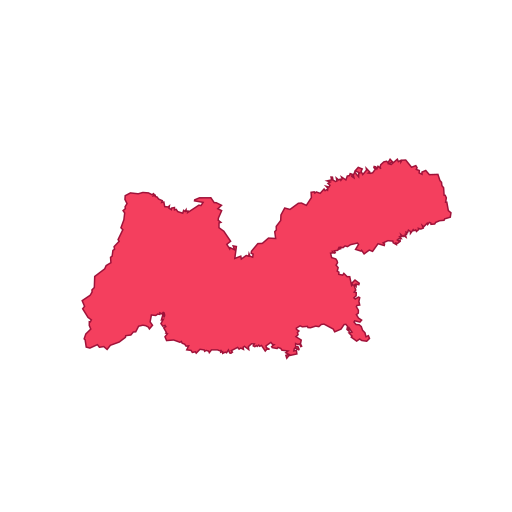 outline of Alfred Nzo, Eastern Cape, South Africa, rotated 308°
{"feature_id": "47623444B30321887561170", "entity_name": "Alfred Nzo", "entity_type": "district", "adm_level": 2, "iso_a3": "ZAF", "parent_name": "South Africa", "parent_adm1": "Eastern Cape", "projection": "natural_earth1", "projection_center": [29.551, -30.65], "detail": "fine", "context": "isolated", "style": "filled", "palette": "rose", "viewbox_px": 512, "rotation_deg": 308, "n_neighbors": 0, "source": "geoboundaries", "source_scale": "gbopen_adm2", "svg_char_len": 6159}
<svg xmlns="http://www.w3.org/2000/svg" viewBox="0 0 512 512"><g transform="rotate(308 256 256)"><path d="M323.6,256.9L313.6,254.1L311.5,249.1L303.7,250.4L299.2,253.6L291.8,253.7L289.0,256.0L286.7,255.8L281.9,260.7L277.8,254.8L269.8,253.2L266.9,249.8L256.9,249.5L255.2,250.5L255.7,252.6L253.0,254.1L252.1,251.4L253.4,249.2L251.3,250.4L250.4,248.0L244.6,246.3L246.5,244.1L241.0,240.8L251.4,234.7L249.9,231.8L247.7,235.4L246.6,230.4L245.4,230.9L247.2,225.8L252.0,226.9L255.7,215.4L255.5,209.4L259.3,206.5L260.9,207.6L260.9,204.2L262.8,203.0L270.6,201.0L269.7,196.8L274.7,197.6L273.5,191.8L272.3,190.2L274.1,184.6L267.0,175.6L262.5,173.1L261.6,173.6L265.7,181.3L261.9,181.6L260.9,179.7L248.1,175.4L249.5,174.6L248.2,173.5L249.4,172.4L247.4,172.6L247.4,170.9L244.6,171.9L242.8,167.0L243.6,164.4L242.2,163.4L244.0,161.9L241.7,159.9L240.4,160.7L240.1,158.0L242.1,156.9L240.6,156.6L238.7,153.7L241.8,150.1L240.1,148.7L241.9,148.1L240.9,144.1L241.6,141.8L240.9,140.1L241.8,139.3L240.4,138.2L241.7,138.2L242.0,136.8L240.3,136.4L239.5,132.4L236.4,127.7L232.5,124.9L228.4,118.2L223.0,115.8L219.9,117.9L217.9,122.1L214.2,122.5L212.9,123.9L209.9,123.3L209.1,126.0L203.2,129.6L195.1,132.2L194.7,134.9L184.0,137.2L183.3,139.1L176.0,138.4L174.2,140.4L172.3,139.8L167.4,142.7L165.4,142.2L161.4,145.8L156.2,143.8L152.7,144.7L140.6,141.5L131.6,148.0L128.3,147.6L126.7,149.0L123.0,149.5L113.8,146.5L110.8,151.9L107.7,151.9L104.2,161.4L104.3,165.6L102.0,166.0L101.6,165.1L98.6,167.4L96.7,170.8L89.8,169.9L84.9,171.6L84.8,172.9L79.7,178.3L81.2,181.8L88.5,185.6L87.7,188.8L90.9,191.8L90.7,196.2L96.0,196.2L104.0,201.2L111.5,203.2L113.0,202.4L116.7,206.0L120.6,206.1L122.2,207.9L128.4,206.7L131.8,209.4L133.2,212.0L133.7,214.9L132.9,216.9L137.7,217.1L138.9,213.1L145.1,209.9L147.4,213.6L149.7,214.3L150.8,216.2L152.0,215.3L152.4,217.5L154.4,217.6L154.6,218.7L153.1,220.5L151.1,221.4L153.7,218.2L147.4,220.8L148.9,222.0L144.2,222.7L143.3,225.8L145.3,227.0L144.8,228.4L142.6,227.5L140.6,232.4L139.7,232.4L140.2,234.1L136.3,234.0L134.3,237.6L139.1,242.8L141.2,249.2L142.7,249.8L141.8,251.5L142.6,254.1L141.9,256.4L143.7,258.2L139.4,259.2L141.6,262.9L140.8,265.2L143.2,267.2L142.6,268.7L148.0,269.3L150.1,273.0L149.3,274.2L150.9,274.8L151.9,277.3L151.1,278.7L154.6,278.7L158.3,283.4L159.3,286.7L160.7,286.4L158.5,287.5L160.1,288.6L158.8,289.7L161.3,291.0L161.6,292.4L165.0,292.1L163.4,295.0L163.9,296.1L165.7,296.6L166.2,294.8L172.7,297.8L172.2,300.0L174.1,300.7L174.7,303.6L176.1,302.0L177.7,302.5L177.8,307.9L179.9,305.8L184.1,306.5L185.7,308.8L183.5,309.1L183.8,310.9L185.6,311.4L185.5,312.6L187.5,313.0L187.1,314.5L188.9,315.4L186.8,321.8L189.3,321.9L190.8,324.1L190.2,320.5L191.4,319.2L197.1,320.9L196.5,323.5L197.2,324.8L194.2,324.1L193.8,325.2L196.1,329.6L197.5,329.6L198.4,332.4L197.7,334.4L200.9,339.7L198.1,339.0L198.7,342.4L196.1,340.7L194.4,343.2L197.6,343.2L204.0,348.5L206.5,345.9L204.5,344.2L206.4,343.3L207.5,343.3L208.4,347.4L209.1,347.3L210.4,344.7L208.8,343.2L211.4,341.1L212.1,343.5L213.6,344.5L212.2,347.1L213.0,347.5L214.2,345.1L217.6,343.4L217.0,337.1L219.9,337.6L221.2,335.7L223.3,336.0L223.1,333.0L223.9,332.2L228.1,333.7L228.7,336.1L232.2,339.8L231.6,341.0L233.0,343.1L237.5,346.2L239.0,349.0L242.3,349.6L244.2,351.5L246.0,361.8L244.7,364.7L250.7,368.0L256.2,367.6L257.5,368.9L256.9,371.5L254.1,372.9L254.0,375.7L257.0,372.5L255.1,378.5L252.6,376.6L252.0,380.9L250.7,381.0L250.9,387.7L254.4,388.8L254.5,391.3L257.0,395.7L260.9,396.2L262.4,393.6L260.1,392.4L262.6,389.1L263.1,385.7L265.2,382.4L265.3,379.6L263.6,377.0L264.3,373.9L265.7,373.7L267.9,378.6L270.5,378.7L270.2,375.0L271.6,371.2L274.0,371.8L276.3,370.1L277.8,366.3L279.2,366.0L281.2,367.9L283.6,365.0L287.0,363.4L286.8,362.1L283.2,360.7L283.3,358.9L286.3,359.4L288.9,357.5L288.0,355.6L290.6,355.6L293.2,351.3L294.4,351.6L293.8,353.5L295.5,352.3L296.7,354.7L298.1,354.1L298.0,348.8L293.4,348.2L292.9,350.0L291.5,349.6L297.4,342.6L295.8,340.6L296.4,335.9L294.3,336.1L292.5,332.5L294.3,331.3L294.1,329.3L297.4,327.9L298.1,324.7L300.9,324.4L302.0,323.0L302.8,320.7L301.3,316.6L304.1,313.0L305.4,314.3L306.5,313.5L306.3,315.8L307.4,316.4L308.3,314.5L310.8,316.9L314.4,315.9L312.7,317.4L314.0,318.3L315.0,317.2L316.1,319.4L318.8,320.0L319.7,322.3L323.1,323.5L328.7,328.0L328.2,329.7L322.5,330.4L324.5,335.7L325.5,335.7L324.2,339.9L330.4,341.6L331.4,345.0L340.8,344.6L343.2,350.6L344.6,349.9L344.6,348.1L349.3,350.5L352.0,354.7L350.9,355.9L351.4,359.5L352.4,358.4L352.8,359.7L356.4,360.6L357.1,359.8L355.7,359.1L355.6,357.5L357.8,357.9L359.1,359.7L359.7,357.3L360.8,358.5L362.1,356.8L361.9,359.9L363.0,360.0L363.2,362.6L364.9,360.3L365.7,361.3L367.2,359.6L367.6,361.1L370.2,360.2L370.4,362.6L368.9,363.8L373.5,363.7L373.1,364.8L374.9,365.8L374.1,367.3L377.0,367.9L377.8,366.9L378.7,369.3L380.9,370.6L382.4,368.3L382.3,370.2L387.2,370.7L386.5,371.9L389.2,371.9L389.6,373.4L388.7,374.4L391.2,377.1L393.1,376.9L396.9,379.0L399.9,382.2L401.4,381.8L406.2,385.2L410.1,383.0L410.2,379.6L415.9,373.2L415.1,372.3L419.0,370.2L420.3,367.7L419.7,366.8L425.3,361.8L425.9,359.2L428.3,356.8L428.7,354.5L432.3,349.1L426.8,342.5L427.9,337.1L424.3,335.1L422.6,336.5L421.9,333.4L423.9,332.1L422.9,329.0L424.8,328.5L425.6,326.3L421.7,323.9L423.8,314.9L421.3,312.0L419.2,312.3L420.4,311.2L418.0,310.1L419.3,307.8L411.3,306.2L410.4,303.9L414.3,305.4L414.8,302.1L410.8,302.6L411.1,300.6L408.9,298.8L404.8,298.1L402.4,299.0L401.7,300.7L401.8,296.9L399.1,297.6L400.0,295.4L399.3,294.0L398.2,294.5L398.0,296.6L393.4,296.7L391.6,295.4L390.5,293.4L392.2,293.9L393.0,288.9L391.8,290.2L385.9,290.0L387.4,286.7L390.0,286.1L388.8,282.0L384.1,281.7L385.4,286.7L384.1,286.2L381.6,288.1L382.8,282.2L379.6,282.9L377.9,285.1L377.7,282.5L379.6,281.4L378.9,279.5L377.0,280.2L375.2,278.7L371.3,280.0L370.9,274.7L369.9,276.3L367.8,276.3L368.4,275.0L366.8,274.3L366.9,271.3L365.0,273.6L363.7,272.9L363.2,270.0L365.2,267.7L364.4,266.5L362.5,268.7L359.0,265.8L360.0,269.0L357.5,268.0L357.3,270.8L355.2,271.0L354.1,268.3L353.6,271.0L351.9,271.9L351.9,270.9L350.0,270.2L350.7,268.4L344.9,268.0L343.6,264.1L341.8,263.6L342.4,262.4L340.1,260.2L336.1,263.7L326.9,264.5L325.7,259.2L323.6,256.9Z" fill="#f43f5e" stroke="#9f1239" stroke-width="1.5"/></g></svg>